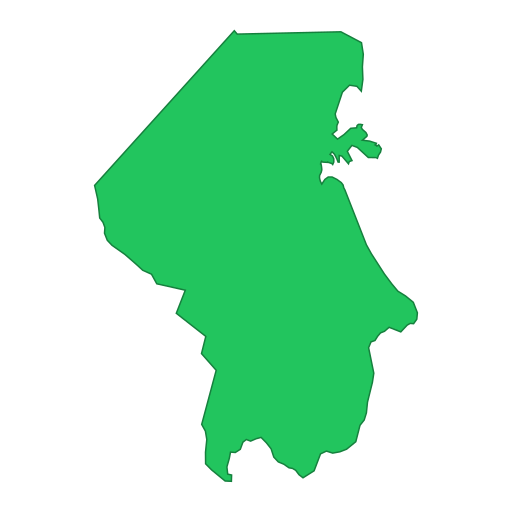 outline of Mwanza
{"feature_id": "TZA-3357", "entity_name": "Mwanza", "entity_type": "Region", "adm_level": 1, "iso_a3": "TZA", "parent_name": "United Republic of Tanzania", "parent_adm1": "", "projection": "equal_earth", "projection_center": [33.157, -2.458], "detail": "fine", "context": "isolated", "style": "filled", "palette": "green", "viewbox_px": 512, "rotation_deg": 0, "n_neighbors": 0, "source": "natural_earth", "source_scale": "10m", "svg_char_len": 2240}
<svg xmlns="http://www.w3.org/2000/svg" viewBox="0 0 512 512"><path d="M234.3,30.7L237.2,34.1L340.9,31.8L361.5,42.7L363.3,54.3L362.4,66.8L362.9,79.4L361.3,91.2L356.9,86.3L349.5,85.2L342.4,92.2L335.2,113.9L335.9,117.4L338.3,122.1L337.0,125.2L336.8,126.8L336.9,130.2L336.3,130.6L332.2,134.0L337.5,139.1L344.0,134.6L350.7,128.3L356.6,127.8L357.1,125.5L358.4,124.4L360.2,124.3L362.4,124.7L361.3,127.4L362.3,129.3L365.9,132.5L367.2,135.0L366.9,136.3L362.4,140.2L369.6,141.1L376.4,143.3L376.0,144.3L375.9,144.4L375.7,144.4L375.1,144.9L376.4,145.6L376.8,146.1L377.3,145.9L378.7,144.9L381.3,148.8L380.5,152.1L378.5,155.1L377.4,158.3L376.1,157.6L368.3,157.5L357.3,147.4L351.9,145.4L347.3,151.3L352.0,160.6L349.6,161.4L349.0,162.2L348.5,163.8L341.9,156.1L339.2,155.5L339.2,162.1L338.1,162.1L336.8,158.8L334.5,154.3L332.0,151.8L330.0,154.4L332.5,156.0L333.8,158.9L333.8,162.0L332.7,164.5L331.9,163.6L327.7,162.1L327.7,162.4L322.9,162.1L322.1,161.9L321.7,161.2L321.4,161.4L320.6,163.8L321.0,163.9L321.4,165.8L321.7,168.2L321.8,169.9L321.2,172.3L319.6,175.5L319.5,177.8L319.9,179.7L320.4,181.4L321.8,184.1L324.9,179.4L328.2,177.0L332.1,177.0L336.9,179.4L341.3,182.6L343.1,185.0L343.8,187.9L344.9,189.9L366.4,244.8L371.4,253.8L384.4,274.0L391.8,283.9L397.9,291.2L405.6,296.0L413.3,302.3L417.4,312.8L416.8,319.2L413.6,323.7L410.2,323.4L407.2,325.1L400.8,331.9L389.1,327.3L384.5,331.3L380.5,332.9L377.6,336.3L375.0,340.5L371.0,341.9L368.6,347.7L373.8,373.2L372.4,382.4L367.5,402.1L366.4,412.9L364.2,420.0L360.0,425.3L355.8,441.7L346.6,449.2L339.9,451.8L332.7,453.1L326.4,451.1L320.5,453.9L314.1,470.8L303.0,477.8L299.0,474.7L295.7,470.3L292.5,468.4L289.0,467.8L283.8,464.2L278.3,461.9L273.8,457.1L271.1,448.8L266.3,442.7L261.1,437.4L256.2,438.7L250.6,441.1L246.3,439.5L242.9,442.2L240.3,449.3L235.3,452.5L230.5,452.1L229.3,458.4L226.9,466.9L227.7,474.1L231.6,475.0L231.4,481.3L225.1,481.0L211.6,469.9L205.6,463.8L205.5,452.2L206.8,439.5L205.4,431.1L201.7,424.4L216.2,370.3L201.5,353.6L205.8,336.4L176.3,313.3L185.3,290.2L156.8,283.8L151.5,274.2L142.8,270.3L135.9,264.0L124.9,254.4L112.1,245.4L107.3,240.3L104.5,233.2L104.9,227.5L103.0,222.3L99.7,218.0L99.0,210.8L97.7,199.1L94.6,185.4L234.3,30.7Z" fill="#22c55e" stroke="#15803d" stroke-width="1.5"/></svg>